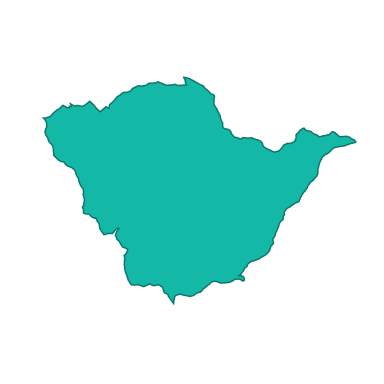 outline of Ciocanesti, Suceava, Romania, rotated 187°
{"feature_id": "2599482B33637098668000", "entity_name": "Ciocanesti", "entity_type": "district", "adm_level": 2, "iso_a3": "ROU", "parent_name": "Romania", "parent_adm1": "Suceava", "projection": "albers", "projection_center": [25.216, 47.495], "detail": "fine", "context": "isolated", "style": "filled", "palette": "teal", "viewbox_px": 384, "rotation_deg": 187, "n_neighbors": 0, "source": "geoboundaries", "source_scale": "gbopen_adm2", "svg_char_len": 6009}
<svg xmlns="http://www.w3.org/2000/svg" viewBox="0 0 384 384"><g transform="rotate(187 192 192)"><path d="M193.6,298.6L197.3,299.7L201.5,301.5L208.1,304.1L209.8,304.5L214.1,304.9L213.7,303.8L212.8,303.0L212.3,301.5L211.6,299.1L210.6,297.6L215.0,296.7L219.6,296.0L220.5,296.2L221.1,296.7L221.7,296.8L225.0,295.8L230.1,294.8L231.6,295.1L238.9,297.2L239.8,296.9L240.8,296.2L242.6,295.6L246.6,294.8L247.9,294.7L248.4,294.5L249.7,292.9L252.3,291.6L255.1,291.0L258.4,290.8L259.6,290.1L263.6,287.5L264.2,286.7L264.7,285.5L265.2,284.9L265.9,284.4L268.1,283.3L269.5,282.9L272.2,282.5L274.3,280.6L275.0,279.6L277.8,277.4L278.5,276.6L279.7,274.2L282.0,271.3L284.1,269.0L284.6,267.5L284.5,266.5L284.7,265.1L285.9,265.3L287.7,266.2L292.9,260.5L296.3,262.7L300.2,266.4L304.7,269.6L306.4,267.6L309.1,265.0L310.9,263.7L314.3,263.7L316.1,263.9L316.7,263.9L318.0,263.2L319.9,263.2L323.3,264.7L322.3,262.9L322.4,262.1L324.1,262.1L324.2,260.6L325.2,260.7L326.3,260.3L327.4,261.0L330.8,262.3L333.9,258.4L335.6,257.3L338.5,254.3L339.8,252.7L341.2,250.2L342.6,249.3L345.9,247.8L347.7,247.3L348.4,247.3L346.6,245.7L345.2,243.6L344.6,242.1L344.2,240.7L344.2,239.0L345.1,235.7L344.9,235.2L344.9,234.8L345.3,233.9L344.8,232.4L344.5,231.7L343.1,229.5L342.4,228.9L341.5,227.8L341.2,226.7L340.5,225.4L339.9,224.4L336.1,221.2L335.2,219.1L333.8,212.7L333.7,211.5L328.8,207.7L325.8,206.4L323.1,206.2L322.3,205.8L320.8,204.0L318.6,202.6L314.6,201.7L311.4,199.8L310.8,199.1L310.3,198.1L308.3,194.0L306.3,191.6L305.7,189.8L305.4,188.5L304.2,186.3L302.5,183.9L300.5,181.8L300.2,181.1L299.6,178.6L299.7,176.1L299.0,174.7L298.4,173.0L298.0,172.2L297.7,170.0L298.1,167.7L297.7,166.5L297.8,165.9L298.8,164.0L298.8,163.4L298.6,162.8L297.5,161.4L297.3,158.4L296.8,157.7L294.1,157.3L292.1,157.5L291.5,157.3L288.3,155.0L286.6,154.4L286.2,154.4L285.4,154.0L284.5,154.3L284.2,154.2L283.6,153.6L282.4,151.3L280.7,149.8L280.3,149.2L279.4,145.7L278.9,144.4L278.1,143.2L274.3,139.0L274.0,139.0L272.8,139.3L272.3,139.8L269.4,140.8L266.4,141.0L265.8,141.2L265.2,142.0L264.8,142.6L264.1,144.4L262.9,145.4L262.7,145.9L261.2,147.0L260.2,147.1L260.2,146.4L261.8,143.6L262.8,139.9L261.8,138.1L261.5,137.8L260.9,136.4L260.4,135.6L259.3,135.1L258.5,134.4L254.4,129.0L251.1,128.3L249.0,127.1L248.7,126.7L248.7,126.2L250.2,122.3L251.4,121.0L251.6,120.6L251.5,120.2L250.7,118.8L250.6,114.6L250.4,112.7L250.3,111.1L249.7,109.8L249.4,107.6L248.2,104.2L246.7,101.6L244.4,96.5L243.7,95.8L241.6,93.2L240.7,92.4L238.2,92.6L235.8,93.1L233.1,93.3L228.6,92.2L228.0,92.4L222.7,95.6L219.7,94.5L218.4,94.4L214.1,95.8L213.0,95.7L211.6,94.8L209.6,94.1L207.9,89.9L206.9,88.5L203.3,87.5L202.8,85.7L196.7,79.1L196.7,80.1L196.9,81.6L196.5,83.6L196.4,86.3L195.6,87.2L194.6,87.9L191.1,89.2L187.8,88.6L183.8,88.4L181.7,88.0L179.0,89.0L177.4,89.9L175.5,91.9L174.8,92.3L173.1,93.1L172.3,93.4L171.8,93.4L171.4,93.7L169.9,95.5L169.7,96.5L168.5,97.6L166.5,99.8L165.5,100.7L164.8,101.6L163.8,102.2L162.3,104.4L161.7,104.9L160.0,105.8L158.5,106.2L156.4,106.1L152.5,105.1L146.7,106.2L144.4,106.8L142.9,107.4L140.9,108.8L139.9,109.3L139.4,110.2L138.7,110.6L135.9,111.2L133.4,111.3L131.5,110.0L130.2,109.9L130.1,110.0L130.0,110.4L129.3,111.0L129.5,112.1L130.4,114.0L131.5,114.6L132.6,114.8L136.0,114.3L134.3,115.4L133.2,116.7L132.7,117.9L131.2,120.4L130.4,123.0L128.6,124.6L128.2,125.1L128.3,126.3L128.0,127.0L126.3,129.0L124.0,130.9L122.9,130.9L121.4,131.8L120.2,132.2L119.2,133.0L118.2,133.3L117.0,134.0L115.2,135.9L114.7,136.3L113.7,136.6L113.2,137.2L112.0,138.0L110.7,139.4L110.2,139.7L107.9,143.3L107.7,144.0L107.9,144.8L107.8,145.2L107.3,146.2L107.3,147.4L105.4,150.1L104.9,151.1L105.0,151.8L105.6,152.9L105.9,154.0L106.0,154.9L105.9,155.4L105.7,155.9L104.7,157.7L104.4,158.5L104.3,159.6L103.8,162.3L103.2,163.7L102.9,165.2L101.9,167.9L101.8,169.9L101.2,172.1L100.2,174.0L98.6,175.3L98.1,176.7L98.1,177.2L98.6,178.2L98.7,178.6L98.5,179.2L97.7,180.3L97.5,181.2L97.6,181.8L98.0,183.0L97.6,184.2L96.8,185.8L95.8,187.2L95.2,187.7L92.4,189.6L91.5,190.7L89.5,192.3L89.2,192.8L86.6,194.5L85.7,194.8L84.6,195.8L84.3,197.3L83.9,198.4L83.7,199.8L83.0,200.7L82.8,201.2L82.9,201.8L81.7,204.1L81.3,205.2L79.9,206.6L79.7,207.7L78.4,209.6L78.2,210.1L77.9,211.8L76.6,214.3L76.5,214.8L75.9,215.3L75.9,215.9L74.1,217.4L73.7,218.2L72.8,218.8L72.6,219.5L72.2,219.9L72.1,220.7L71.4,221.2L71.0,221.7L70.9,222.1L69.9,223.2L69.9,224.0L69.4,225.3L69.4,225.8L69.6,228.4L69.9,229.5L69.5,231.8L69.3,234.2L68.7,237.4L68.0,239.4L67.5,240.0L67.5,241.0L67.1,242.2L66.5,243.1L64.4,245.3L62.5,246.3L60.3,248.6L57.9,251.9L56.6,253.0L54.7,254.0L51.9,254.7L51.0,255.3L49.7,255.5L45.9,256.6L44.0,257.8L42.9,258.1L40.7,259.4L39.2,259.8L35.6,261.3L35.8,262.3L36.5,262.6L37.7,263.6L40.6,264.4L42.0,265.4L42.8,265.7L45.5,266.1L51.7,264.9L52.6,265.0L55.9,267.3L57.0,268.2L58.1,268.5L59.6,269.0L60.0,268.9L60.9,268.0L62.8,265.6L63.6,265.3L65.4,265.0L66.5,264.1L67.2,263.9L68.0,264.0L71.5,262.5L72.6,262.2L74.9,263.8L78.9,264.7L81.2,266.5L86.8,267.2L87.5,267.7L88.0,268.3L88.1,268.9L89.5,268.8L92.5,266.2L93.1,264.8L94.3,263.1L95.0,262.6L95.5,261.8L95.7,261.2L95.4,259.5L95.3,257.3L95.9,256.3L96.0,255.1L96.4,254.7L97.5,253.8L100.0,252.3L100.8,252.0L101.6,252.2L103.8,251.7L104.3,251.1L105.8,250.4L106.9,249.4L107.6,247.7L109.5,244.8L111.2,243.0L113.3,242.4L114.6,241.7L116.5,241.9L119.1,242.9L122.5,243.9L126.3,245.5L127.0,246.4L128.5,249.4L130.1,250.8L131.7,251.2L133.0,251.9L134.1,251.8L137.9,252.5L138.9,253.1L139.8,253.1L140.5,252.8L143.1,252.2L144.5,252.4L145.3,252.2L147.5,252.3L148.7,251.8L149.3,250.6L149.9,250.5L153.3,251.2L154.4,251.6L156.5,251.4L158.2,253.1L159.7,254.2L159.8,254.8L160.3,255.3L160.7,256.4L161.3,257.2L162.0,257.8L164.4,258.7L166.9,258.7L169.2,259.7L169.8,262.5L169.9,263.6L170.2,264.5L171.6,266.4L172.6,268.6L173.5,271.3L175.4,274.1L176.0,274.8L176.9,276.6L180.4,280.9L180.9,282.0L181.3,284.7L181.5,285.6L181.4,286.5L181.6,287.3L181.3,289.8L182.2,290.9L183.4,291.4L185.8,291.9L186.2,292.7L186.5,293.0L189.9,295.5L190.8,295.8L191.8,296.6L193.6,298.6Z" fill="#14b8a6" stroke="#0f766e" stroke-width="1.5"/></g></svg>